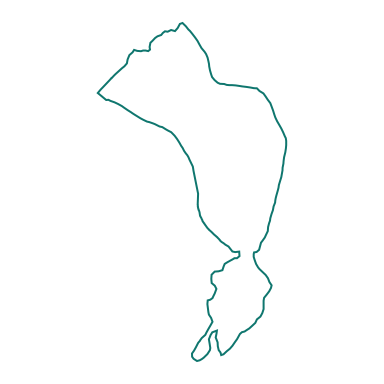 outline of Al Ashah, Amran, Yemen
{"feature_id": "15242507B84634184088095", "entity_name": "Al Ashah", "entity_type": "district", "adm_level": 2, "iso_a3": "YEM", "parent_name": "Yemen", "parent_adm1": "Amran", "projection": "albers", "projection_center": [43.794, 16.335], "detail": "fine", "context": "isolated", "style": "outline", "palette": "teal", "viewbox_px": 384, "rotation_deg": 0, "n_neighbors": 0, "source": "geoboundaries", "source_scale": "gbopen_adm2", "svg_char_len": 5109}
<svg xmlns="http://www.w3.org/2000/svg" viewBox="0 0 384 384"><path d="M97.8,93.0L106.2,100.0L108.4,99.8L110.5,100.9L114.5,102.3L118.1,104.0L121.9,106.1L123.8,107.5L125.7,108.8L126.0,109.0L127.6,110.1L131.1,112.3L132.2,113.1L134.5,114.6L136.6,115.9L140.3,118.2L143.1,119.7L147.0,121.6L149.3,122.1L153.0,123.4L154.8,124.1L155.2,124.3L159.6,126.5L162.3,127.1L165.8,129.3L167.7,130.4L171.2,132.2L174.6,135.7L177.0,138.9L179.3,142.5L181.2,145.9L182.6,147.9L184.1,150.9L185.6,153.1L186.3,154.0L187.3,155.2L188.5,157.3L189.4,159.5L192.8,166.5L193.2,168.8L193.5,170.8L198.1,193.7L197.7,204.5L197.8,204.6L197.8,204.8L197.8,205.2L197.8,205.4L197.8,205.6L197.8,206.2L197.9,206.3L197.9,206.5L197.9,206.9L198.0,207.0L198.0,207.4L198.0,207.5L198.1,207.8L198.2,208.1L198.2,208.3L198.2,208.5L198.3,208.6L198.3,208.8L198.4,209.0L198.5,209.2L198.5,209.3L198.5,209.5L198.5,209.8L198.9,210.2L199.5,212.2L200.0,215.4L200.0,215.5L200.2,215.9L200.2,216.0L200.3,216.1L200.3,216.3L200.4,216.5L200.5,216.6L200.6,216.8L200.7,217.0L200.8,217.1L200.9,217.3L201.0,217.5L201.2,217.8L201.3,218.0L201.4,218.3L201.5,218.5L201.6,218.8L201.7,219.0L201.9,219.4L202.0,219.6L202.1,219.8L202.2,220.0L202.3,220.2L202.4,220.3L202.4,220.6L202.5,220.9L202.5,221.0L202.7,221.4L202.8,221.5L203.0,221.8L203.2,222.0L203.3,222.1L203.4,222.4L203.6,222.6L203.7,222.8L203.8,222.9L203.9,223.1L204.0,223.3L204.2,223.5L204.3,223.5L204.4,223.8L204.5,223.9L204.6,224.0L204.8,224.4L204.9,224.5L205.1,224.7L205.2,224.9L205.3,225.0L205.4,225.3L205.6,225.5L205.8,225.7L206.0,226.0L206.3,226.5L206.5,226.8L206.7,227.0L206.8,227.1L207.0,227.4L207.1,227.5L207.3,227.8L207.4,228.0L207.6,228.2L207.7,228.4L207.8,228.5L208.0,228.6L208.2,228.8L208.3,228.9L208.4,229.0L208.5,229.1L208.7,229.3L208.9,229.5L209.0,229.6L209.1,229.9L209.3,230.0L209.5,230.2L209.6,230.3L209.9,230.5L210.1,230.7L210.3,230.9L210.4,231.0L210.7,231.2L210.9,231.4L211.1,231.6L211.3,231.8L211.5,232.0L211.8,232.2L211.9,232.4L212.0,232.5L212.3,232.7L212.5,233.0L213.0,233.4L213.2,233.7L213.4,233.9L213.7,234.2L213.9,234.3L214.0,234.5L214.4,234.8L214.6,235.0L214.9,235.2L215.0,235.3L215.2,235.5L215.4,235.7L215.6,235.8L215.8,236.0L216.0,236.2L216.2,236.3L216.4,236.6L216.6,236.7L216.7,236.8L216.9,237.0L217.0,237.0L217.2,237.3L217.3,237.4L217.4,237.5L217.6,237.6L217.7,237.8L217.8,237.9L218.1,238.2L218.2,238.3L218.4,238.5L218.5,238.6L218.7,238.8L218.8,238.9L218.9,239.0L219.0,239.1L219.2,239.3L219.3,239.5L219.5,239.7L219.6,239.9L219.8,240.0L220.0,240.3L220.1,240.6L221.5,241.9L223.7,243.3L225.4,244.7L228.5,246.5L232.4,251.5L235.2,252.1L239.2,251.6L239.5,256.1L237.0,258.2L234.4,258.2L234.3,258.4L227.6,262.1L224.7,263.9L223.7,266.3L222.4,270.2L218.6,271.3L214.7,271.6L211.6,274.7L211.3,278.9L211.7,283.1L214.8,285.7L216.4,288.9L214.7,293.5L213.4,296.1L212.5,298.1L210.3,299.7L207.7,300.4L207.4,304.1L207.9,308.2L208.4,312.2L208.9,314.6L211.1,317.9L212.5,321.8L210.6,325.2L208.5,328.8L206.5,332.4L205.3,334.9L201.8,338.0L200.2,340.2L200.1,340.6L198.2,342.8L195.9,347.3L194.0,350.7L192.0,353.5L192.1,356.7L193.6,358.8L197.0,361.0L199.7,360.3L201.8,359.1L203.7,357.7L207.4,354.1L209.9,350.2L210.3,348.0L209.7,344.1L208.9,339.3L210.4,335.6L210.4,335.4L212.3,332.3L216.9,330.6L216.5,333.6L215.7,337.5L217.6,342.3L217.8,346.2L218.7,350.1L220.5,352.5L221.2,355.1L223.5,354.3L226.8,351.2L229.9,348.7L232.5,345.7L234.8,342.3L237.1,339.1L239.9,334.0L241.9,332.2L244.6,331.5L246.8,330.0L249.2,328.5L252.3,325.7L255.3,322.9L256.9,319.4L260.4,316.6L262.3,313.1L263.6,309.1L263.6,305.2L263.6,300.7L264.1,297.8L266.7,294.6L269.2,291.3L271.0,287.9L271.6,285.3L269.4,282.0L268.0,278.3L265.7,275.0L259.5,269.1L258.1,267.4L256.1,264.0L255.3,261.8L254.5,259.5L253.7,256.9L253.7,254.7L253.7,254.1L254.1,252.4L256.6,252.0L259.1,249.8L261.0,242.7L262.4,240.9L264.8,237.5L266.0,234.9L267.8,231.1L268.1,227.0L269.1,223.2L270.0,220.7L270.3,218.3L271.5,214.1L272.9,210.2L273.6,206.4L275.1,202.6L275.3,200.4L275.7,198.2L276.3,195.8L277.8,190.5L278.5,187.8L278.9,185.0L280.1,181.0L281.3,177.1L282.5,170.4L282.6,167.7L283.4,163.7L283.6,161.0L284.1,157.2L285.3,152.3L285.9,148.4L286.2,145.1L286.2,140.9L285.8,138.2L284.8,136.2L283.1,132.2L281.3,128.5L279.2,124.8L277.1,121.2L275.3,117.4L274.3,114.5L273.1,110.6L271.7,106.8L270.3,103.1L267.8,99.8L265.7,96.6L263.4,93.4L259.5,91.0L256.9,88.3L254.0,88.2L250.3,87.5L246.3,86.9L242.1,86.4L239.7,86.0L235.6,85.4L231.6,85.1L228.9,85.1L226.7,84.9L224.2,84.0L220.0,83.8L217.6,82.7L214.6,80.1L212.1,77.1L211.2,74.5L210.0,70.4L209.2,66.4L209.0,64.0L208.5,61.6L207.6,57.7L206.1,54.1L204.6,51.8L201.5,48.1L199.5,44.6L197.5,40.9L195.1,37.5L192.5,34.1L190.0,31.0L188.3,29.4L185.9,26.3L182.5,23.0L179.9,23.9L177.7,28.0L175.0,31.1L171.1,30.0L167.7,31.7L165.0,31.3L162.9,32.9L161.2,35.0L157.5,36.3L155.1,38.0L152.4,40.9L150.4,42.8L149.6,47.0L150.0,49.6L148.2,51.1L145.4,50.5L143.2,50.5L141.0,51.2L137.2,50.9L134.1,49.9L132.6,52.3L129.4,55.1L127.6,59.5L126.9,63.4L124.4,66.3L121.9,68.3L115.5,74.1L113.7,75.9L111.6,78.2L111.4,78.1L111.1,78.5L109.5,80.3L107.6,82.3L106.0,84.0L104.1,86.0L102.3,87.9L101.2,89.0L100.6,89.7L100.3,90.0L98.9,91.7L97.8,93.0Z" fill="none" stroke="#0f766e" stroke-width="2"/></svg>